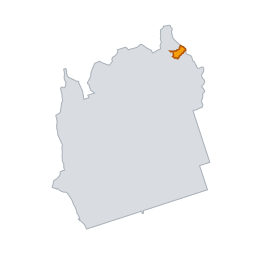 Rehaid Albirdi, Southern Darfur, Sudan shown in context, rotated 162°
{"feature_id": "16777658B32181362177213", "entity_name": "Rehaid Albirdi", "entity_type": "district", "adm_level": 2, "iso_a3": "SDN", "parent_name": "Sudan", "parent_adm1": "Southern Darfur", "projection": "natural_earth1", "projection_center": [23.455, 11.002], "detail": "fine", "context": "in_parent", "style": "filled", "palette": "amber", "viewbox_px": 256, "rotation_deg": 162, "n_neighbors": 0, "source": "geoboundaries", "source_scale": "gbopen_adm2", "svg_char_len": 5110}
<svg xmlns="http://www.w3.org/2000/svg" viewBox="0 0 256 256"><g transform="rotate(162 128 128)"><path d="M171.0,203.9L168.9,203.9L168.7,203.3L168.7,201.8L168.9,200.6L169.7,198.8L169.5,197.8L169.6,196.4L169.0,194.7L164.1,190.1L163.1,188.8L160.5,187.6L160.9,186.3L159.8,176.7L160.3,175.6L160.4,173.9L160.4,172.4L161.0,170.0L161.1,168.9L155.9,168.9L155.8,169.9L156.1,171.1L156.1,171.6L148.9,171.6L151.8,175.4L151.9,177.0L151.8,179.1L151.8,180.4L152.0,181.2L152.8,182.9L152.7,183.2L152.6,183.6L147.5,188.6L146.6,191.0L146.0,192.2L144.5,194.2L139.8,199.6L139.1,199.9L135.5,200.1L135.2,200.3L134.9,200.5L134.7,200.5L131.6,197.3L126.5,193.5L123.1,195.5L122.2,196.2L122.2,198.0L121.7,199.0L120.8,200.0L118.2,200.6L116.9,201.2L115.4,202.2L113.9,203.9L113.8,204.8L113.9,205.6L105.3,205.6L104.7,204.9L103.4,202.1L102.5,202.3L94.6,201.9L93.5,202.2L91.2,203.4L90.1,203.6L88.9,203.1L84.8,197.5L83.9,196.8L82.9,195.5L82.0,194.9L81.7,194.5L81.6,193.9L81.7,192.7L81.4,191.9L80.7,191.7L75.1,193.0L74.3,192.9L73.1,193.1L72.7,193.3L72.3,194.1L72.2,195.6L72.0,196.3L71.6,197.2L70.0,199.1L69.7,199.9L69.8,202.0L69.7,203.0L69.4,203.5L68.7,204.3L68.5,204.8L68.2,207.4L67.3,209.1L67.1,209.6L67.1,210.8L66.9,211.2L64.4,212.1L63.5,212.7L62.9,213.6L62.7,214.0L61.7,213.6L60.3,213.4L57.6,213.1L56.6,212.7L56.1,212.1L56.2,210.4L56.0,210.1L55.6,209.8L55.3,209.1L55.3,208.3L56.7,206.4L57.0,205.4L57.4,200.7L57.3,199.3L56.2,196.7L53.6,192.1L53.0,191.2L49.8,187.5L49.5,187.0L48.7,185.4L49.6,181.9L49.6,181.0L49.4,180.0L48.6,179.3L47.9,179.2L46.9,178.2L46.3,177.8L45.8,177.0L45.4,175.9L45.7,171.8L45.5,171.3L44.7,171.1L44.5,170.8L44.5,170.0L44.1,167.7L43.6,165.8L43.9,164.8L43.2,163.3L41.9,162.7L39.4,163.2L38.6,163.1L38.1,162.8L37.7,162.3L37.5,161.7L37.7,160.7L38.4,159.0L39.3,157.6L41.1,156.3L41.6,155.6L41.9,154.8L41.9,153.9L41.8,153.0L41.6,152.2L41.1,151.1L40.6,149.7L40.6,148.9L40.8,148.2L41.3,147.4L43.1,145.9L44.9,144.7L45.3,144.3L45.1,143.7L44.3,142.7L44.0,140.7L43.6,139.3L44.5,138.3L45.2,137.9L46.3,137.6L46.7,137.1L46.8,136.3L46.8,135.5L47.2,134.9L47.7,133.6L48.1,133.1L49.5,131.6L49.8,130.6L49.9,129.7L49.6,126.8L50.4,125.7L51.4,124.7L52.9,124.8L55.2,124.6L56.8,124.1L57.9,124.2L60.5,124.7L60.8,124.5L60.9,123.7L60.8,70.1L71.4,70.1L71.6,70.0L71.5,44.7L138.1,44.7L138.7,44.6L139.7,42.2L140.1,42.0L140.8,42.2L141.0,42.7L140.5,44.7L198.7,44.7L198.9,47.6L199.4,49.9L201.1,53.2L202.6,55.0L203.1,56.0L203.1,56.4L203.1,56.9L202.7,56.4L201.9,56.0L201.9,57.6L202.3,60.8L202.9,63.0L202.5,65.1L202.7,68.5L203.5,72.7L203.4,75.4L204.8,81.6L206.0,85.1L206.7,85.9L207.4,86.4L208.8,86.7L210.9,88.4L212.6,90.3L213.2,91.3L214.0,92.3L214.6,92.1L214.9,91.9L215.5,92.7L218.1,94.6L218.5,95.4L217.6,96.3L216.5,97.7L216.0,99.1L215.8,99.5L214.9,100.4L214.8,100.8L214.4,101.0L214.0,101.1L213.1,101.5L212.3,101.4L211.5,101.6L211.2,102.0L210.6,102.2L209.7,102.4L208.4,103.5L207.2,104.1L206.8,104.6L206.3,106.8L205.8,107.4L204.1,107.5L203.2,107.7L202.1,107.4L201.5,107.5L201.4,108.0L201.2,109.9L201.2,110.7L200.3,113.0L200.6,117.2L199.7,120.3L199.6,121.0L198.7,123.5L198.2,124.4L197.1,129.0L196.6,130.4L195.6,131.9L196.8,143.1L196.0,146.5L196.1,148.3L195.5,151.1L195.1,152.3L194.3,153.9L193.6,155.6L193.1,157.8L192.8,162.1L192.6,162.5L189.5,163.0L188.5,163.3L187.9,163.8L187.1,164.9L185.5,167.9L184.7,169.7L183.4,172.2L181.9,174.0L181.6,174.9L181.4,176.5L180.8,179.0L180.3,180.9L180.5,182.3L180.0,184.8L180.1,186.1L179.6,186.8L178.8,187.4L178.4,187.6L176.2,185.9L174.7,187.1L173.7,188.7L173.0,190.3L173.4,193.9L173.4,194.6L173.2,195.5L171.8,198.9L171.4,200.5L171.0,203.2L171.0,203.9Z" fill="#d9dde1" stroke="#a8b0b8" stroke-width="1"/><path d="M61.6,179.8L61.1,180.1L60.9,180.2L60.7,180.0L60.6,179.9L60.4,179.7L60.2,179.6L60.0,179.4L59.9,179.1L59.9,178.9L59.7,178.8L59.4,178.9L59.4,179.1L59.2,179.1L59.2,178.9L59.3,178.7L59.2,178.5L58.8,178.8L58.6,178.9L58.3,179.0L58.1,179.1L57.9,179.2L57.8,179.3L57.7,179.4L57.6,179.5L57.5,180.0L57.4,180.1L57.1,180.4L57.0,180.5L56.8,180.5L56.7,180.6L56.4,180.6L56.1,180.7L56.1,180.8L55.9,180.8L55.7,180.9L55.4,181.0L55.1,181.1L54.7,181.2L54.5,181.3L54.4,181.4L54.4,181.5L54.3,181.9L54.2,182.0L53.9,182.3L53.5,182.4L53.2,182.4L52.5,182.2L52.2,182.1L51.9,182.4L51.8,182.5L51.7,182.7L51.7,182.8L51.5,183.1L51.4,183.3L51.1,183.5L50.9,183.7L50.7,183.7L50.7,183.8L50.3,183.9L50.0,184.0L49.7,184.0L49.3,184.0L49.2,184.0L49.1,184.5L49.0,184.9L49.0,185.1L48.9,185.2L48.9,185.4L48.9,185.5L49.0,185.5L49.2,185.8L49.3,185.9L49.3,186.0L49.4,186.3L49.5,186.5L49.7,186.9L49.8,187.0L50.0,187.3L50.1,187.5L50.2,187.8L50.3,187.9L50.3,188.0L50.5,188.1L50.7,188.3L50.8,188.3L51.0,188.5L51.3,188.7L51.5,188.8L51.9,189.5L52.1,189.6L52.3,189.8L52.4,190.0L52.5,190.0L52.8,190.2L53.1,189.5L54.4,188.4L54.5,187.6L55.6,186.9L57.1,187.1L57.8,187.0L58.6,186.2L58.9,186.3L59.4,186.8L61.1,187.0L62.6,187.5L64.2,188.1L63.8,187.5L63.7,187.1L63.1,187.3L62.1,187.3L61.9,187.2L61.5,186.7L61.5,186.3L61.7,185.9L61.8,185.7L62.0,185.2L62.0,184.8L62.2,184.1L62.2,183.6L62.3,182.8L62.8,182.6L63.1,182.3L63.5,182.1L62.8,181.4L62.7,181.2L62.5,180.9L62.3,180.3L62.2,180.1L61.9,179.9L61.6,179.8L61.6,179.8Z" fill="#f59e0b" stroke="#b45309" stroke-width="1.5"/></g></svg>